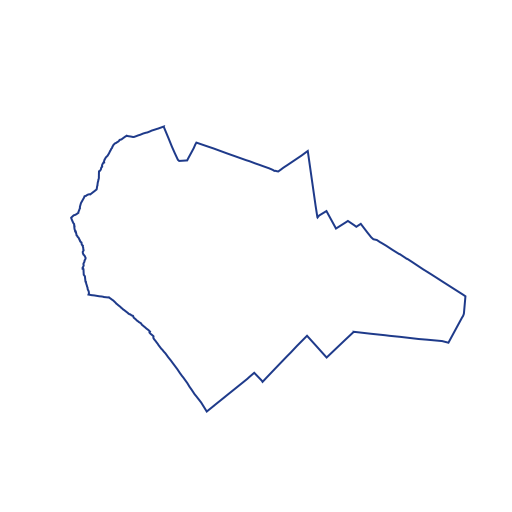 Buzias, Timis, Romania, rotated 152°
{"feature_id": "2599482B41254091250904", "entity_name": "Buzias", "entity_type": "district", "adm_level": 2, "iso_a3": "ROU", "parent_name": "Romania", "parent_adm1": "Timis", "projection": "orthographic", "projection_center": [21.63, 45.631], "detail": "fine", "context": "isolated", "style": "outline", "palette": "blue", "viewbox_px": 512, "rotation_deg": 152, "n_neighbors": 0, "source": "geoboundaries", "source_scale": "gbopen_adm2", "svg_char_len": 6017}
<svg xmlns="http://www.w3.org/2000/svg" viewBox="0 0 512 512"><g transform="rotate(152 256 256)"><path d="M401.2,376.6L401.3,376.3L401.4,376.0L401.4,375.9L401.4,375.6L401.6,374.4L401.6,373.8L401.7,373.0L401.8,372.3L401.7,371.9L401.8,371.3L401.8,370.4L401.7,370.0L401.6,369.8L401.6,369.5L402.2,368.3L402.3,368.1L402.2,367.5L402.8,367.1L402.9,366.8L403.0,366.4L403.0,366.2L403.5,365.3L403.6,364.7L403.9,363.2L404.1,362.9L404.1,362.7L403.7,362.9L403.6,362.7L403.8,361.8L403.8,361.4L404.1,360.8L404.2,360.1L404.4,359.3L404.7,358.8L404.7,358.6L404.7,358.3L404.4,357.6L404.4,357.3L404.5,356.7L404.4,356.3L404.1,355.6L404.1,355.4L404.1,354.6L404.1,354.1L404.3,353.4L404.2,353.1L404.1,352.9L404.2,352.5L404.2,352.0L404.2,351.7L404.4,351.4L404.3,351.0L404.0,350.4L403.8,350.0L403.8,349.6L404.1,349.0L404.3,348.6L404.4,347.9L404.4,347.3L404.2,346.9L404.1,346.7L404.0,346.4L404.4,345.9L404.5,345.6L404.6,345.0L404.7,344.4L404.9,343.9L405.3,343.2L405.4,342.7L405.4,342.4L405.4,342.2L405.5,342.0L405.7,341.8L406.2,341.5L406.8,341.2L407.0,341.0L407.5,340.0L407.5,339.4L407.6,339.0L407.7,338.5L407.7,338.2L407.4,337.5L407.2,336.1L407.3,335.5L407.3,335.3L407.3,334.8L407.3,334.5L407.5,334.0L407.9,333.6L408.0,333.5L408.5,333.1L408.8,332.9L409.4,332.6L409.7,332.2L409.8,332.0L410.3,331.4L411.9,330.3L412.2,329.7L412.3,329.6L412.4,329.1L412.5,328.7L413.3,327.9L414.0,327.4L414.6,327.1L414.8,326.8L415.1,326.1L414.5,325.8L414.5,325.4L416.9,320.3L416.6,318.4L417.9,315.2L418.6,313.4L418.3,313.1L418.9,311.3L419.2,309.4L419.5,308.3L419.6,307.2L420.1,306.0L420.3,305.0L420.2,304.4L420.4,303.0L421.0,301.5L422.0,300.6L419.4,298.5L417.4,297.2L414.7,295.1L413.0,293.8L412.2,293.3L411.7,293.0L410.1,291.8L409.6,291.2L405.7,288.6L405.3,288.6L405.2,288.2L404.5,286.9L403.5,284.8L402.9,283.7L402.3,281.8L401.9,280.7L401.8,279.8L401.2,278.5L400.8,277.4L399.6,274.7L399.3,273.5L398.8,272.5L398.6,272.0L398.6,271.6L398.1,270.6L397.9,270.4L397.3,269.0L395.9,265.9L395.8,265.7L395.8,265.3L395.6,265.0L395.5,264.7L395.0,263.9L394.7,263.8L394.5,263.6L394.3,263.3L394.1,262.8L393.9,262.3L393.8,262.0L393.5,261.7L392.9,261.2L392.7,260.9L392.7,260.5L392.8,260.1L392.9,259.0L392.8,258.7L392.6,258.2L392.1,257.0L391.8,256.2L391.5,255.0L390.7,253.5L390.5,252.8L389.9,251.8L389.5,251.2L389.3,250.9L389.1,250.2L389.1,249.6L389.1,249.2L389.0,248.8L388.6,247.9L388.0,246.4L387.7,245.7L387.3,244.8L387.0,243.8L386.4,242.5L385.8,241.3L385.3,239.7L385.1,239.1L385.6,238.9L385.8,238.7L386.0,238.4L385.7,237.2L385.5,236.5L385.0,235.4L384.9,235.1L384.7,234.7L384.3,233.6L384.2,233.4L384.2,233.2L384.4,232.9L384.7,232.5L385.0,232.0L385.1,231.5L385.0,230.1L384.9,229.7L384.6,228.2L384.4,227.1L384.4,226.6L384.2,225.7L384.0,224.5L383.9,223.0L383.6,221.3L383.5,220.5L383.4,220.1L383.2,218.7L382.7,217.2L382.4,215.4L382.1,214.1L381.7,212.7L381.2,209.2L381.2,208.8L380.8,206.6L380.3,204.1L379.7,200.0L379.5,198.8L378.6,193.0L378.1,187.9L377.8,186.2L377.8,185.6L377.2,182.6L377.0,181.0L376.3,176.0L376.1,171.9L375.6,168.0L375.1,162.7L374.7,160.9L373.2,152.4L372.5,141.8L360.1,144.2L345.0,147.1L330.2,149.9L321.3,151.6L319.1,152.2L312.4,153.7L309.4,143.2L309.3,141.8L307.2,142.5L304.3,143.5L291.6,147.7L291.0,147.9L275.4,153.0L270.8,154.4L262.0,157.4L248.4,161.6L245.0,148.1L242.4,137.6L241.3,133.2L216.2,140.2L206.2,142.9L205.4,143.0L205.0,142.8L205.0,143.0L200.2,139.7L191.5,133.7L179.3,125.5L175.5,122.8L166.6,116.9L151.3,106.3L144.4,101.9L131.6,93.5L126.8,89.1L103.0,104.9L101.4,105.8L100.0,107.0L99.3,107.8L90.0,122.1L91.2,124.4L103.2,145.6L109.7,157.2L114.7,165.8L120.9,177.3L123.5,182.0L123.8,182.5L124.3,182.8L124.8,183.9L128.2,190.2L128.6,190.4L132.6,197.3L136.2,203.9L139.4,209.2L139.7,209.5L141.8,213.4L144.5,215.7L145.5,218.4L146.0,221.2L146.6,224.3L148.4,235.2L153.7,234.7L154.9,237.2L158.4,243.8L160.5,243.6L172.5,242.7L172.5,244.9L172.7,262.6L174.5,262.5L181.3,262.1L183.6,261.1L183.6,261.4L179.9,272.1L161.0,324.4L163.3,324.1L167.3,323.5L168.7,323.3L186.1,321.5L188.5,321.3L190.5,321.1L192.4,320.8L192.6,320.8L192.8,320.7L196.7,320.2L197.7,321.0L199.0,322.2L199.6,322.4L199.8,322.5L200.0,322.8L200.6,323.9L201.9,325.6L202.9,326.8L203.1,327.1L207.6,332.0L210.2,334.9L213.2,338.1L214.5,339.6L217.3,342.8L219.7,345.2L229.2,355.6L229.5,355.9L233.7,360.5L242.9,370.8L248.2,376.4L255.4,384.1L257.3,382.9L260.3,380.5L265.1,377.3L269.8,374.2L271.9,372.7L279.2,376.0L279.8,377.6L279.4,385.3L278.9,392.2L278.0,400.7L277.3,408.1L276.8,413.5L276.7,413.6L277.2,413.7L282.9,414.5L283.2,414.6L286.6,415.2L289.2,415.7L291.2,415.8L294.0,416.1L295.2,416.5L298.0,417.1L301.3,417.4L303.4,417.8L305.9,418.1L307.8,418.4L308.7,418.8L310.5,420.3L312.3,421.6L313.0,422.2L313.6,422.5L313.7,422.9L315.5,422.8L316.1,422.7L317.0,422.6L320.1,422.1L321.6,422.5L321.9,422.5L322.2,422.4L322.3,422.2L322.9,422.0L323.5,421.8L323.9,421.7L325.3,421.7L326.0,421.5L326.5,421.5L327.0,421.6L327.8,421.6L329.4,421.1L330.1,420.8L330.4,420.5L331.5,419.9L331.9,419.4L332.6,418.9L333.6,418.5L334.2,418.0L334.6,417.7L335.2,417.3L335.4,417.3L335.6,417.1L337.8,415.5L338.5,415.1L339.4,414.6L339.6,414.4L340.0,414.2L341.8,413.7L342.5,413.4L343.3,412.9L343.8,412.5L344.4,412.3L344.7,411.9L344.9,411.7L345.5,411.2L346.0,410.6L346.1,410.4L346.2,409.8L346.3,409.8L346.5,409.8L346.7,410.0L346.9,410.1L347.5,409.7L348.2,409.3L349.2,408.5L349.5,408.1L349.7,407.7L349.7,407.4L349.9,407.1L350.0,407.0L350.6,406.9L350.9,406.8L351.1,406.7L351.5,406.2L352.4,405.2L353.0,404.9L353.5,404.6L353.9,404.5L354.2,404.5L354.6,404.3L354.9,404.4L355.5,403.4L355.7,403.0L356.3,402.0L356.8,401.0L357.3,400.2L357.9,399.0L358.6,398.0L358.9,397.7L359.2,397.4L359.4,397.2L359.5,397.2L360.0,396.4L361.1,395.3L361.7,394.5L361.9,394.2L362.7,393.1L362.8,392.8L363.0,392.7L363.9,391.7L364.6,390.7L365.5,389.6L373.5,388.2L374.0,388.7L375.4,389.1L377.0,389.1L377.7,388.9L378.1,389.0L378.9,389.2L379.5,389.2L380.1,388.5L385.7,384.9L388.3,382.2L388.7,381.6L388.9,380.9L389.2,380.7L390.0,380.1L390.8,379.3L391.6,378.7L392.3,378.0L392.6,377.5L395.2,377.2L396.3,377.2L397.9,377.5L401.2,376.6Z" fill="none" stroke="#1e3a8a" stroke-width="2"/></g></svg>